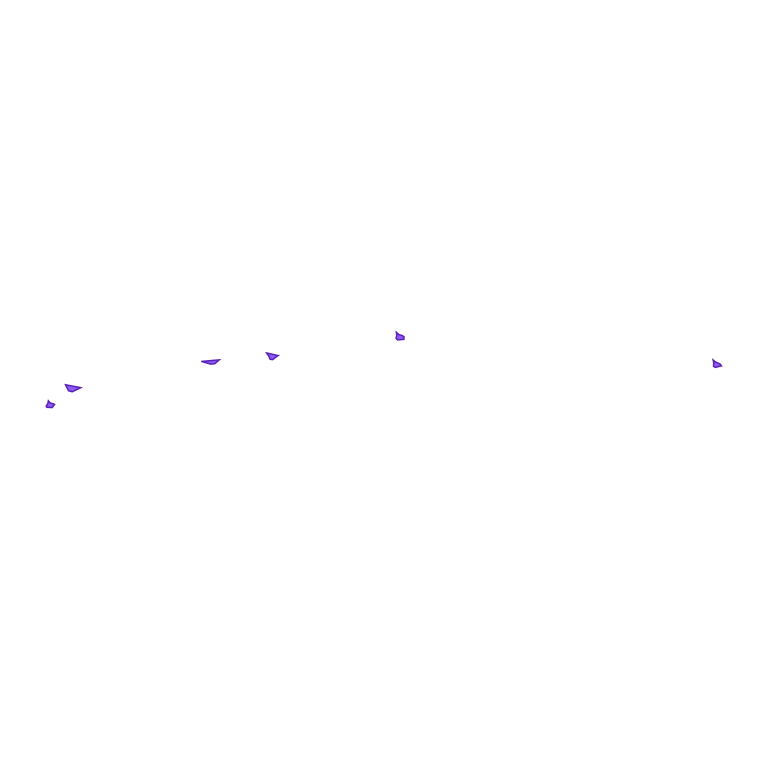 map outline of Raa (Natural Earth projection), rotated 275°
{"feature_id": "MDV-5226", "entity_name": "Raa", "entity_type": "Atoll", "adm_level": 1, "iso_a3": "MDV", "parent_name": "Maldives", "parent_adm1": "", "projection": "natural_earth1", "projection_center": [72.972, 5.719], "detail": "coarse", "context": "isolated", "style": "filled", "palette": "violet", "viewbox_px": 768, "rotation_deg": 275, "n_neighbors": 0, "source": "natural_earth", "source_scale": "10m", "svg_char_len": 725}
<svg xmlns="http://www.w3.org/2000/svg" viewBox="0 0 768 768"><g transform="rotate(275 384 384)"><path d="M355.5,66.8L353.9,82.2L349.1,74.1L349.8,70.3L355.5,66.8ZM390.6,199.9L390.6,200.3L393.7,217.8L389.5,213.7L388.7,209.6L390.6,199.9ZM404.7,264.3L404.7,264.5L403.1,275.9L403.1,276.0L400.2,272.7L398.6,271.0L398.7,268.4L401.7,266.8L404.7,264.3ZM436.6,391.8L434.5,394.6L433.9,397.7L432.9,399.8L430.2,399.9L429.1,393.6L430.6,392.0L433.5,392.5L436.6,391.8ZM338.0,51.1L335.9,53.3L335.5,56.2L334.9,57.6L333.3,56.6L331.6,55.5L331.4,50.2L332.7,49.4L335.1,50.8L338.0,51.1ZM436.6,709.8L435.0,712.0L433.3,716.9L431.5,718.6L429.4,712.6L430.4,710.7L433.5,710.7L436.6,709.8Z" fill="#8b5cf6" stroke="#5b21b6" stroke-width="1.5"/></g></svg>